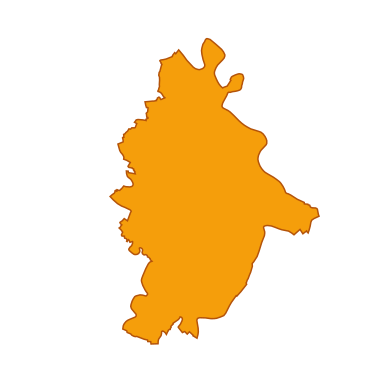 Quynh Phu, Thái Bình, Vietnam, rotated 70°
{"feature_id": "81297802B64676269296055", "entity_name": "Quynh Phu", "entity_type": "district", "adm_level": 2, "iso_a3": "VNM", "parent_name": "Vietnam", "parent_adm1": "Thái Bình", "projection": "mercator", "projection_center": [106.356, 20.648], "detail": "fine", "context": "isolated", "style": "filled", "palette": "amber", "viewbox_px": 384, "rotation_deg": 70, "n_neighbors": 0, "source": "geoboundaries", "source_scale": "gbopen_adm2", "svg_char_len": 6037}
<svg xmlns="http://www.w3.org/2000/svg" viewBox="0 0 384 384"><g transform="rotate(70 192 192)"><path d="M297.1,303.9L300.0,300.9L300.4,300.8L301.8,301.0L304.3,298.2L306.0,297.5L307.0,296.6L307.9,295.7L308.6,294.5L308.8,293.3L314.0,287.3L315.9,284.4L317.4,284.7L318.5,282.0L320.8,282.5L323.0,275.8L320.4,274.7L319.5,274.1L318.8,273.6L316.4,270.2L314.7,269.1L313.0,268.4L312.7,268.1L312.6,267.2L313.3,266.3L315.0,265.3L317.1,264.8L315.0,262.7L314.5,262.0L313.9,261.7L313.4,260.2L313.7,259.5L312.7,258.9L312.0,257.9L311.0,257.8L309.6,254.8L308.9,254.8L307.2,248.5L306.3,246.9L305.3,245.9L305.7,245.2L306.5,244.6L307.7,244.4L308.6,244.7L309.8,245.6L312.3,248.2L314.0,251.0L314.4,251.2L314.8,251.1L320.8,249.1L320.6,246.8L320.7,246.5L323.9,245.1L322.5,242.2L327.2,239.8L327.5,240.2L331.1,237.3L327.9,235.1L325.6,233.9L322.0,232.8L314.4,231.4L313.5,230.9L312.9,230.2L312.6,229.4L312.7,227.9L314.9,222.4L317.5,217.5L318.5,214.6L319.1,212.0L319.1,210.7L319.2,208.4L319.0,204.4L317.4,201.8L311.5,195.5L309.1,192.6L305.6,187.5L304.5,185.9L305.2,185.5L302.2,179.9L297.4,172.2L296.0,172.3L295.2,171.4L293.8,170.4L292.6,168.9L289.2,166.0L287.4,164.3L282.5,160.7L279.8,159.9L278.7,157.9L274.9,152.9L270.6,149.3L263.2,143.7L257.8,138.9L255.7,137.8L254.3,137.3L250.2,137.0L249.3,136.6L248.9,136.1L248.8,134.7L249.2,132.7L251.0,129.1L253.4,126.2L256.4,122.8L258.2,120.5L261.8,114.6L264.7,112.3L267.1,110.8L264.1,103.3L269.2,102.1L267.8,97.7L268.4,97.7L270.2,96.9L267.9,95.0L264.6,92.7L261.0,90.6L259.4,89.1L258.7,86.5L258.2,80.9L256.3,80.9L251.2,80.1L250.3,80.3L249.3,81.3L248.0,84.4L247.1,85.5L246.5,85.9L244.7,85.9L244.5,86.1L243.9,87.1L243.5,87.3L243.1,87.3L242.1,89.5L241.5,90.5L240.2,90.1L234.9,95.5L228.6,100.3L226.5,102.3L225.7,103.5L225.3,103.8L224.3,104.2L221.1,104.2L217.8,104.6L214.2,105.5L212.2,106.3L208.9,108.4L205.9,110.5L200.9,114.7L198.5,116.6L196.6,117.6L193.8,118.6L191.0,119.2L189.2,119.3L186.4,119.3L183.8,118.9L182.3,118.2L180.2,116.9L177.3,114.1L176.3,112.7L173.0,106.2L172.0,105.2L169.4,104.2L167.4,104.1L164.8,104.4L161.8,105.3L159.5,106.7L158.3,108.0L152.8,115.2L149.9,117.8L147.4,119.8L144.3,121.8L141.1,123.5L134.3,126.6L129.9,128.8L128.0,130.1L123.9,133.9L122.8,134.4L121.7,134.5L121.2,134.3L119.1,132.9L117.4,131.1L113.3,126.4L111.5,124.8L111.0,124.2L110.8,123.2L111.4,122.2L111.6,119.5L112.2,116.8L112.5,114.4L112.5,112.4L112.3,111.5L111.8,110.7L110.9,109.8L109.0,108.9L107.5,107.7L106.0,106.9L103.2,104.7L101.6,104.3L99.4,104.3L98.7,104.6L97.9,105.6L97.0,107.3L96.8,109.0L96.8,111.5L97.1,114.5L97.5,115.7L99.2,117.5L99.7,117.6L100.4,117.3L104.5,122.7L104.5,126.5L104.7,127.6L102.5,128.8L99.8,129.7L97.2,130.2L94.0,130.5L89.9,130.7L88.6,130.5L87.1,130.0L85.7,129.0L83.3,126.8L81.4,124.4L78.3,118.0L77.1,116.0L75.4,114.6L74.2,114.2L71.1,114.5L68.1,115.4L61.6,118.9L54.9,122.8L53.2,125.0L52.9,125.9L53.0,126.3L53.6,127.4L55.0,128.7L56.9,131.2L60.0,133.4L62.4,134.7L66.1,135.6L71.4,136.3L75.6,136.4L76.9,136.5L78.2,137.1L78.7,137.7L79.4,138.9L79.7,140.3L79.6,143.1L78.9,144.5L77.3,146.6L75.2,148.1L66.5,151.8L60.5,153.5L53.9,155.9L56.5,160.0L55.1,160.6L56.9,163.4L57.3,163.8L58.0,164.1L58.2,170.8L57.8,173.8L57.3,176.2L57.5,177.2L58.0,177.3L60.0,176.8L60.7,177.1L61.7,176.6L63.0,177.7L67.8,181.0L68.3,181.9L70.9,183.3L73.0,183.3L75.8,184.2L79.7,185.9L82.0,186.6L83.0,187.5L84.6,188.6L85.5,189.6L86.0,189.5L86.8,188.3L88.2,187.3L89.4,186.8L92.7,186.1L94.2,185.3L94.5,189.6L93.9,189.9L92.3,190.0L91.7,190.4L91.5,190.8L91.9,192.4L92.8,192.9L93.4,194.2L93.9,194.2L93.5,196.9L93.1,197.9L91.2,205.3L94.6,205.8L97.1,205.9L97.3,205.0L97.8,204.5L101.0,206.0L101.8,206.7L102.3,208.0L102.6,208.2L103.4,208.2L106.2,208.9L106.8,208.0L107.5,208.0L107.9,210.3L108.2,210.5L109.1,210.7L107.4,213.6L105.7,217.3L105.4,218.0L105.2,219.8L105.9,220.7L106.8,222.2L108.8,220.5L112.0,223.3L112.1,223.9L111.1,226.7L111.9,228.2L111.1,229.7L112.7,231.6L113.6,234.0L114.1,234.6L114.2,235.0L114.5,235.3L114.4,236.2L114.6,236.6L115.5,236.7L116.4,237.2L117.3,237.3L117.3,237.5L117.1,238.4L117.4,238.8L117.8,238.7L120.6,239.2L121.4,239.7L121.6,245.2L128.2,245.7L130.4,245.4L133.1,244.4L134.8,244.1L136.3,244.2L137.8,245.0L139.9,242.5L143.1,239.9L145.9,243.3L146.2,243.4L147.3,242.9L149.0,239.9L149.5,240.0L150.3,239.0L151.5,239.4L151.9,238.9L153.0,239.1L153.3,238.7L154.1,239.0L155.5,239.1L152.1,245.1L150.6,244.8L149.8,246.5L152.3,247.2L154.9,247.4L156.4,246.9L158.9,245.3L160.5,244.8L162.5,244.5L164.0,244.5L164.7,244.7L165.5,245.3L165.9,245.8L166.2,246.7L166.0,248.7L164.3,252.5L163.0,254.1L165.1,257.5L165.0,258.0L165.8,259.3L165.7,259.8L165.1,260.7L164.1,261.7L164.3,262.1L164.9,261.8L165.3,261.9L165.5,262.2L165.5,262.7L164.5,263.1L164.3,263.3L164.5,263.9L165.7,264.5L166.6,265.5L167.1,267.6L168.2,270.5L172.4,268.7L177.4,266.0L181.1,263.0L183.7,260.1L187.6,256.3L188.1,256.0L189.3,255.7L190.4,256.9L197.0,262.5L193.8,264.8L195.2,267.4L195.9,270.1L197.2,270.1L198.9,269.2L199.6,270.5L200.4,271.2L200.9,272.8L203.6,271.5L206.0,270.9L208.2,273.0L209.4,272.9L210.4,270.6L211.8,271.1L212.3,271.1L213.4,269.7L214.2,269.5L215.1,269.6L215.9,270.3L216.4,269.9L215.2,268.5L215.0,268.1L215.7,267.7L218.0,267.5L218.1,264.9L218.3,264.8L219.9,265.4L221.8,267.1L222.6,269.1L223.9,270.8L224.6,271.1L225.7,270.9L228.6,269.3L230.5,268.0L231.3,267.0L231.8,265.1L231.6,263.3L230.3,261.5L229.1,261.0L227.1,260.8L226.7,260.6L226.6,259.8L227.1,259.1L228.2,258.3L229.5,258.2L229.8,258.3L231.8,259.6L233.2,259.6L234.5,258.8L234.8,258.4L235.0,256.8L236.3,255.8L236.6,255.8L237.8,256.0L238.6,255.0L240.5,254.1L241.3,254.4L243.4,253.3L243.4,255.3L244.0,256.7L244.8,257.9L248.2,261.6L253.9,266.9L256.0,268.7L257.4,269.6L258.2,269.9L259.7,270.1L263.0,270.2L267.9,269.6L269.8,269.2L272.1,268.5L272.9,268.7L273.4,269.4L274.0,270.7L273.9,271.0L272.0,273.7L270.9,276.0L270.5,280.1L270.7,281.3L270.9,281.8L272.4,283.8L274.2,285.7L277.1,287.9L278.6,288.7L280.7,288.8L281.9,288.5L287.7,286.4L288.6,286.5L289.4,287.0L289.8,287.4L290.1,288.3L290.4,294.7L290.6,296.5L291.2,298.4L292.5,300.6L293.6,301.8L294.3,302.4L297.1,303.9Z" fill="#f59e0b" stroke="#b45309" stroke-width="1.5"/></g></svg>